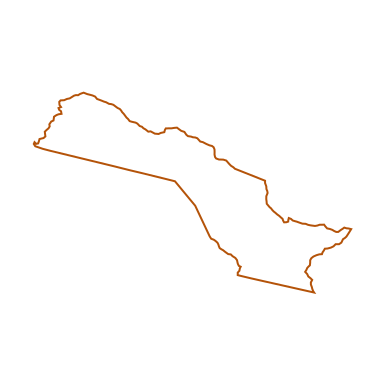 the district of Caiuá, São Paulo, Brazil, rotated 275°
{"feature_id": "56859067B65621554101877", "entity_name": "Caiuá", "entity_type": "district", "adm_level": 2, "iso_a3": "BRA", "parent_name": "Brazil", "parent_adm1": "São Paulo", "projection": "albers", "projection_center": [-51.979, -21.795], "detail": "fine", "context": "isolated", "style": "outline", "palette": "amber", "viewbox_px": 384, "rotation_deg": 275, "n_neighbors": 0, "source": "geoboundaries", "source_scale": "gbopen_adm2", "svg_char_len": 2961}
<svg xmlns="http://www.w3.org/2000/svg" viewBox="0 0 384 384"><g transform="rotate(275 192 192)"><path d="M271.8,53.1L270.2,51.9L267.2,52.4L265.2,54.1L264.0,51.7L262.3,52.5L261.0,54.5L258.5,55.2L257.8,52.3L256.8,50.3L255.0,48.0L251.2,47.8L249.9,45.6L247.0,44.0L244.9,44.5L242.9,43.5L241.1,41.7L239.2,40.1L234.6,41.1L232.8,39.4L231.5,35.5L228.9,35.0L227.0,34.5L226.4,32.6L227.9,30.8L226.1,30.2L223.9,31.9L222.0,39.6L220.7,47.2L210.7,112.9L209.5,120.4L208.3,127.9L207.2,135.4L206.7,138.8L202.9,163.4L201.2,174.1L187.5,187.6L178.6,196.4L149.3,213.5L147.1,215.2L146.4,217.8L145.3,219.7L143.7,221.8L141.9,222.9L140.1,223.6L138.5,224.5L137.5,226.3L136.7,228.1L135.4,230.0L134.3,231.8L133.3,233.5L133.2,236.1L131.6,238.0L130.1,240.9L128.0,242.8L126.3,243.3L124.5,243.9L122.5,245.1L121.8,247.0L120.0,246.3L117.7,246.1L115.7,244.6L113.2,244.8L112.7,247.7L111.1,258.6L109.9,267.4L102.5,322.4L103.9,321.3L105.9,320.3L107.9,319.6L110.2,318.5L112.3,318.3L114.9,319.4L116.5,317.5L118.0,315.2L120.3,313.9L122.3,311.7L124.2,312.7L126.3,313.4L127.8,314.5L129.2,315.8L131.7,315.9L134.3,315.7L136.4,316.6L138.3,318.6L139.9,321.5L141.0,324.3L141.4,326.9L143.2,327.3L145.1,328.4L147.1,329.3L147.5,331.9L148.7,335.2L150.2,337.7L152.5,339.6L152.8,343.0L154.6,345.2L156.4,345.9L158.1,346.5L159.5,348.3L161.0,349.7L163.8,351.2L166.1,352.4L168.9,353.8L169.3,351.1L169.3,349.1L169.8,346.8L168.4,345.2L167.1,343.5L165.0,341.2L164.8,339.1L165.5,337.1L166.5,335.1L167.2,332.5L167.5,329.8L169.3,327.9L171.0,326.4L170.7,324.3L170.5,322.0L169.5,319.8L168.9,317.5L169.0,315.2L169.1,313.1L169.4,310.5L170.2,308.0L170.1,304.7L170.9,301.5L171.6,298.9L171.9,297.1L172.4,294.8L173.8,293.0L174.5,290.7L172.7,290.4L170.9,290.4L170.1,288.6L169.8,286.4L171.4,285.3L173.2,284.5L174.3,282.9L175.8,281.0L177.1,278.8L178.6,276.8L179.7,275.1L181.2,273.4L182.6,272.2L183.6,270.7L185.1,269.2L186.8,267.5L189.2,267.1L191.4,266.6L194.3,266.4L197.6,267.4L199.5,266.9L201.4,265.9L204.1,265.5L207.3,264.0L209.6,263.8L218.9,232.7L220.2,231.1L221.5,228.6L223.3,226.5L226.3,223.4L227.0,220.2L226.7,216.1L227.5,213.1L228.9,211.9L231.2,211.2L234.0,211.0L236.4,210.7L238.5,209.6L239.6,207.9L240.0,205.4L241.1,202.1L242.6,198.5L243.0,195.8L244.8,193.9L246.0,192.6L246.6,190.5L246.6,188.1L247.1,186.3L247.3,183.1L248.5,181.4L251.2,179.2L252.0,175.9L253.4,173.6L254.8,171.4L254.3,168.6L253.6,165.9L253.4,163.6L253.1,160.4L251.5,159.6L249.2,159.2L248.1,155.7L246.9,153.7L246.9,149.9L248.8,145.5L248.3,143.2L250.3,140.2L251.3,138.0L252.6,136.5L253.2,134.1L255.4,131.6L256.2,129.8L256.5,127.6L256.8,125.5L257.2,123.7L259.2,121.9L260.4,120.3L263.8,117.3L265.5,115.4L267.0,114.3L268.4,112.8L269.2,110.6L270.3,108.8L272.0,106.1L272.5,104.0L272.6,101.6L273.9,98.7L274.4,96.3L275.1,94.1L275.8,91.6L276.4,89.3L278.6,87.2L279.5,84.5L279.9,82.3L280.4,79.1L281.5,75.4L280.8,73.8L279.9,71.9L278.5,70.1L278.4,67.9L277.7,66.1L275.8,63.6L274.6,62.0L273.8,59.3L272.3,56.6L271.8,53.1Z" fill="none" stroke="#b45309" stroke-width="2"/></g></svg>